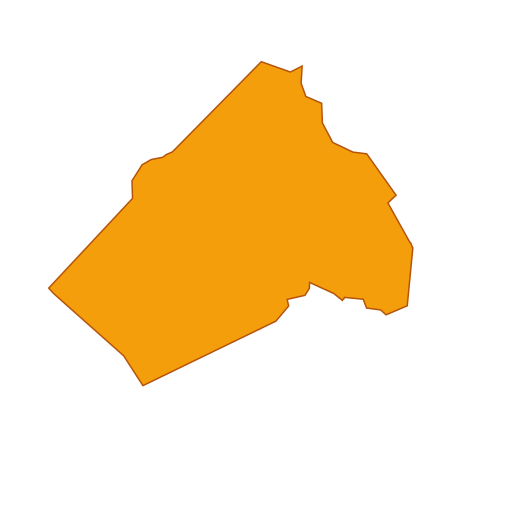 Wayne, North Carolina, United States of America, rotated 222°
{"feature_id": "52423323B99063612255377", "entity_name": "Wayne", "entity_type": "district", "adm_level": 2, "iso_a3": "USA", "parent_name": "United States of America", "parent_adm1": "North Carolina", "projection": "equal_earth", "projection_center": [-78.044, 35.372], "detail": "fine", "context": "isolated", "style": "filled", "palette": "amber", "viewbox_px": 512, "rotation_deg": 222, "n_neighbors": 0, "source": "geoboundaries", "source_scale": "gbopen_adm2", "svg_char_len": 906}
<svg xmlns="http://www.w3.org/2000/svg" viewBox="0 0 512 512"><g transform="rotate(222 256 256)"><path d="M398.4,257.6L401.7,247.7L398.5,228.9L386.3,216.2L388.4,103.6L388.6,93.5L388.0,93.3L381.0,92.7L359.2,92.8L333.8,93.0L331.3,93.0L287.6,93.3L253.3,84.0L249.4,93.6L233.4,133.0L225.9,151.4L225.7,151.7L224.2,155.5L223.6,157.1L197.6,221.0L198.3,240.7L203.8,244.6L193.3,259.5L194.7,267.7L198.5,272.2L173.0,280.2L162.1,280.8L162.4,281.7L162.1,282.5L162.1,283.1L162.3,283.8L162.6,284.1L162.5,284.5L147.4,295.6L139.0,291.3L127.3,299.3L120.0,299.3L110.3,320.2L144.9,367.0L146.1,367.3L149.6,369.2L150.1,369.3L151.1,369.2L193.5,383.7L192.6,394.9L242.1,406.0L250.6,400.1L253.4,398.1L274.9,391.7L295.7,399.3L309.4,413.4L325.7,407.9L338.0,414.5L348.8,428.0L353.6,415.7L382.1,403.9L384.8,343.5L385.0,339.2L387.8,277.4L390.6,271.2L391.3,267.1L398.4,257.6Z" fill="#f59e0b" stroke="#b45309" stroke-width="1.5"/></g></svg>